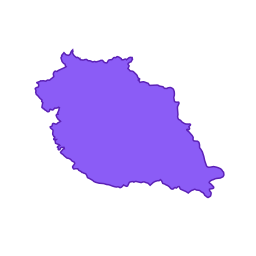 Tan Son, Phú Thọ, Vietnam, rotated 160°
{"feature_id": "81297802B30557639912850", "entity_name": "Tan Son", "entity_type": "district", "adm_level": 2, "iso_a3": "VNM", "parent_name": "Vietnam", "parent_adm1": "Phú Thọ", "projection": "orthographic", "projection_center": [104.995, 21.19], "detail": "fine", "context": "isolated", "style": "filled", "palette": "violet", "viewbox_px": 256, "rotation_deg": 160, "n_neighbors": 0, "source": "geoboundaries", "source_scale": "gbopen_adm2", "svg_char_len": 5828}
<svg xmlns="http://www.w3.org/2000/svg" viewBox="0 0 256 256"><g transform="rotate(160 128 128)"><path d="M162.4,220.7L165.5,218.9L165.5,218.2L166.3,217.5L166.9,217.0L167.0,216.7L167.2,213.0L166.5,211.1L166.1,210.3L165.5,209.8L165.4,209.4L165.5,207.6L165.2,206.8L167.4,206.4L174.1,205.9L174.9,205.5L175.4,205.4L176.8,206.3L177.7,206.3L179.0,205.3L179.8,204.2L180.0,202.5L180.2,201.7L180.4,201.5L181.5,201.2L182.2,200.8L183.0,200.7L185.0,199.9L185.5,199.8L185.9,199.9L186.8,200.5L187.2,200.5L188.5,200.4L189.2,200.1L191.6,201.5L192.9,201.7L193.8,202.2L195.2,201.9L197.4,201.9L198.1,201.9L198.2,201.6L197.4,200.5L197.1,199.9L197.2,199.1L197.6,198.0L198.5,197.2L199.1,197.1L199.6,197.3L200.4,197.3L201.6,196.9L201.7,196.7L201.8,195.8L201.7,194.9L201.8,194.2L202.5,193.3L202.7,191.0L202.5,190.5L201.9,189.7L200.6,186.1L199.3,183.7L200.0,182.6L200.0,182.4L199.7,181.8L199.4,180.9L199.8,180.4L201.8,177.0L201.8,176.6L201.1,175.7L201.0,175.0L200.2,174.4L199.8,173.2L199.0,172.5L198.4,171.3L197.7,170.6L196.8,170.5L196.4,170.6L195.8,171.1L195.2,172.0L194.8,172.2L194.5,172.1L193.2,171.0L192.6,170.7L191.8,170.8L190.3,171.7L188.1,171.1L187.3,171.1L186.3,171.3L185.8,170.9L185.5,170.4L186.1,169.8L186.9,168.4L188.9,166.3L189.0,166.1L189.1,164.9L190.1,165.2L190.4,165.2L190.7,165.0L191.2,164.4L191.2,162.5L190.7,160.2L189.1,157.4L190.0,157.1L192.3,156.8L193.3,156.3L194.0,156.2L194.5,156.3L196.2,157.7L196.8,157.9L197.5,157.7L198.4,156.3L198.8,155.9L199.1,155.7L200.6,155.8L200.8,155.3L200.8,154.6L200.6,154.1L199.4,152.1L199.3,151.3L199.4,151.0L200.6,148.7L200.9,147.7L200.6,145.4L200.0,145.0L200.0,144.5L200.3,143.8L201.0,143.6L201.5,143.2L201.7,142.7L201.6,142.4L201.1,142.1L200.3,142.1L199.3,141.7L200.7,141.1L200.9,140.9L201.3,138.4L198.3,135.7L198.0,135.0L200.3,134.7L200.9,134.2L200.6,133.7L200.4,132.6L200.9,131.7L200.7,131.3L199.8,131.0L199.5,131.0L197.8,132.5L197.4,132.6L194.8,131.7L194.9,130.3L195.8,130.4L196.7,130.0L199.7,128.3L199.7,127.8L199.3,126.8L198.3,125.6L197.4,123.6L195.9,121.0L195.5,120.5L194.2,119.8L192.7,118.2L192.5,117.8L192.1,116.6L191.7,115.9L190.3,114.4L190.1,113.8L190.1,113.1L191.1,112.1L192.6,111.2L193.3,110.6L193.5,109.7L193.1,108.1L192.7,107.9L191.6,107.8L189.2,106.9L188.7,105.1L187.0,103.1L186.5,102.0L185.7,101.6L185.3,101.0L183.7,99.7L183.4,99.4L183.0,97.6L183.0,95.7L183.0,95.3L182.8,95.0L181.1,93.3L178.9,90.6L178.4,89.5L176.9,88.0L174.0,86.0L169.7,84.0L167.4,82.2L165.7,81.4L164.7,80.7L162.4,78.7L160.8,77.5L159.1,76.5L157.5,76.2L156.6,75.5L156.1,74.8L155.7,74.6L154.7,74.6L154.2,74.7L152.2,75.6L151.7,76.0L150.1,74.3L149.1,73.6L148.2,73.7L145.7,76.1L145.2,76.5L144.8,76.5L143.7,76.5L142.1,76.1L141.5,75.9L141.0,75.1L139.8,75.3L138.8,75.1L134.5,72.3L134.2,72.2L132.2,72.2L131.0,71.7L130.0,70.7L128.3,69.5L127.8,68.8L126.8,66.6L123.4,68.0L121.8,68.4L120.6,68.5L118.4,68.4L116.9,67.9L116.2,67.9L115.3,68.4L114.9,67.8L114.6,67.2L114.4,66.0L114.3,64.1L112.5,62.6L111.6,61.4L110.5,60.5L109.2,58.5L108.5,56.5L107.9,55.8L107.2,55.4L106.3,55.3L105.9,55.4L105.1,55.9L104.1,56.0L103.4,55.2L103.0,55.0L101.3,55.7L100.1,55.6L99.9,55.4L99.8,54.9L99.8,53.3L99.4,52.4L95.3,48.5L93.6,46.3L93.0,46.6L90.4,47.4L89.3,47.6L88.2,47.5L86.6,47.7L85.8,47.3L84.9,46.3L83.1,45.4L82.2,44.9L81.4,43.8L81.0,43.0L80.3,42.2L79.6,41.7L79.5,41.0L79.1,40.4L78.9,38.6L77.1,35.7L76.5,35.3L74.6,35.6L73.7,35.9L72.9,36.9L72.1,38.5L72.1,39.2L72.7,41.0L72.7,41.7L72.4,42.6L71.6,42.6L69.7,42.2L68.9,42.1L68.1,42.3L67.8,42.7L67.7,43.4L68.8,46.0L69.2,46.9L70.3,48.5L70.4,49.0L70.1,49.4L69.2,49.9L67.7,50.3L66.3,50.4L65.4,50.3L63.6,50.5L62.0,50.3L58.3,49.4L55.5,49.7L54.3,50.6L53.8,51.5L53.3,53.8L53.8,54.7L54.0,55.8L54.4,57.1L55.2,58.3L57.0,60.0L58.5,61.1L60.8,62.5L64.3,63.1L65.7,63.5L66.8,64.5L67.2,65.4L67.1,71.1L66.5,75.5L66.3,80.2L66.9,83.3L67.4,84.6L67.3,85.6L66.6,87.5L66.4,88.6L66.3,90.2L66.6,90.9L67.2,91.8L70.1,93.1L70.7,93.7L70.9,94.6L70.7,95.5L70.1,96.4L70.0,97.3L70.3,99.0L72.1,103.6L73.2,105.4L73.4,106.0L73.3,106.4L72.9,106.5L72.3,106.3L71.4,105.6L70.6,106.0L70.2,106.7L70.4,108.2L70.2,108.5L68.5,109.3L68.2,109.6L68.1,110.1L68.7,110.7L69.9,111.0L72.5,112.1L73.8,113.3L75.3,115.3L76.0,117.2L77.3,118.6L77.7,119.5L77.7,120.3L77.5,121.7L76.5,123.5L74.8,129.6L74.2,131.1L71.9,133.4L71.5,134.0L71.6,135.0L73.9,135.8L74.7,136.3L75.2,137.3L74.6,141.0L73.2,143.0L72.5,144.9L72.1,146.6L72.1,148.8L72.6,149.9L74.0,151.4L75.1,151.8L76.8,152.1L77.6,151.8L78.0,151.8L78.5,152.2L80.0,152.6L80.6,153.7L81.0,154.8L84.2,156.7L84.8,157.6L85.7,158.3L93.0,160.6L93.4,161.3L93.7,163.0L96.9,165.7L97.7,166.2L99.4,166.6L101.1,166.7L101.5,168.5L102.0,169.5L101.6,169.9L100.7,169.5L100.3,170.2L101.3,171.5L101.5,172.2L101.5,174.4L101.9,175.5L103.7,179.2L104.3,179.8L106.2,180.8L106.7,181.4L107.1,182.8L107.8,183.8L105.9,185.7L105.7,186.1L105.7,186.5L106.2,187.5L106.1,188.0L105.8,188.6L105.5,188.7L103.6,189.2L102.6,189.1L100.7,190.7L100.5,191.1L100.2,191.2L100.3,192.1L100.0,192.8L101.8,193.7L102.5,193.7L103.1,193.7L106.0,192.6L106.4,193.4L106.9,193.7L107.5,193.8L108.9,193.7L110.0,194.0L110.7,194.5L110.6,195.5L112.1,197.5L113.1,198.4L113.8,198.8L114.2,198.7L115.4,198.3L116.7,198.9L117.3,199.0L119.8,197.8L121.8,198.3L122.7,198.4L123.3,198.2L125.0,196.8L125.5,196.5L126.0,196.5L127.5,197.4L127.9,198.1L128.3,198.6L128.4,199.3L128.9,200.3L129.6,200.6L130.7,200.9L131.7,200.7L135.1,201.0L135.6,201.1L136.2,201.7L136.7,202.0L138.1,202.1L138.9,202.4L140.1,203.7L140.8,204.2L142.2,204.8L142.8,205.3L143.2,206.2L143.7,206.7L145.3,207.1L146.1,207.0L147.3,207.3L148.0,207.8L148.9,208.1L149.5,208.6L149.5,208.9L149.4,209.8L150.0,209.8L150.4,210.6L151.2,211.6L151.6,211.8L152.4,211.8L153.6,213.8L154.1,214.9L154.2,216.0L154.6,217.0L154.2,218.1L153.6,218.7L153.3,220.3L154.6,219.7L155.6,218.9L157.1,217.2L158.0,216.8L158.6,216.8L158.9,216.6L159.4,216.7L160.2,217.4L161.2,218.0L162.4,220.7Z" fill="#8b5cf6" stroke="#5b21b6" stroke-width="1.5"/></g></svg>